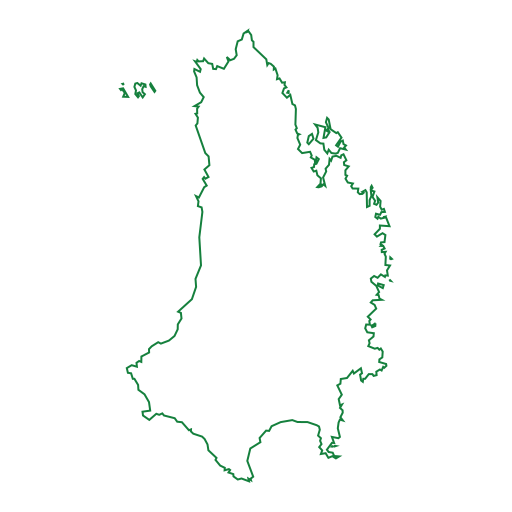 Catanduanes, Catanduanes, Philippines (Natural Earth projection)
{"feature_id": "2640588B14186532473464", "entity_name": "Catanduanes", "entity_type": "district", "adm_level": 2, "iso_a3": "PHL", "parent_name": "Philippines", "parent_adm1": "Catanduanes", "projection": "natural_earth1", "projection_center": [124.275, 13.808], "detail": "fine", "context": "isolated", "style": "outline", "palette": "green", "viewbox_px": 512, "rotation_deg": 0, "n_neighbors": 0, "source": "geoboundaries", "source_scale": "gbopen_adm2", "svg_char_len": 6035}
<svg xmlns="http://www.w3.org/2000/svg" viewBox="0 0 512 512"><path d="M247.7,30.7L243.6,33.5L241.8,39.5L237.7,41.3L235.7,49.2L236.7,55.2L234.0,58.8L230.3,60.2L226.8,57.0L228.5,61.4L223.9,68.8L217.2,66.1L216.0,69.1L213.2,68.9L212.2,63.9L208.3,63.2L204.1,58.5L203.1,61.2L198.6,61.4L197.3,60.0L196.7,61.9L195.0,61.3L200.7,69.1L200.0,71.8L194.4,69.0L194.1,71.4L196.6,77.4L197.1,85.2L199.9,92.6L203.7,97.1L201.2,102.2L194.5,106.1L198.6,106.6L197.1,108.7L197.2,113.4L195.5,113.8L197.9,117.6L197.4,123.4L195.7,125.5L205.3,153.1L208.6,156.4L209.4,165.2L204.4,169.5L208.5,177.0L205.4,178.7L204.1,177.1L202.7,178.9L206.7,185.6L204.2,187.2L198.9,197.5L196.0,196.1L198.5,201.3L197.9,206.1L201.6,207.4L202.4,211.9L199.3,237.3L201.0,265.4L195.5,278.9L196.1,286.9L191.9,299.2L178.1,311.7L180.9,312.9L181.5,318.5L177.8,324.4L177.7,329.3L174.5,336.0L168.9,340.6L160.9,343.6L158.2,342.2L151.7,346.3L149.0,349.1L149.1,352.5L141.4,356.5L141.3,361.9L139.1,361.0L136.5,362.8L136.9,366.7L131.7,365.2L126.8,368.1L127.9,372.8L131.1,373.3L132.8,378.8L134.4,378.8L138.1,384.9L138.4,389.8L144.5,394.3L149.0,402.1L150.2,410.6L142.5,411.7L143.0,415.5L149.3,419.9L156.3,413.8L159.2,414.8L162.3,413.4L164.0,415.5L174.7,418.2L177.2,421.7L181.9,422.2L188.9,430.2L191.0,429.4L190.9,431.4L193.3,433.7L202.1,436.6L204.6,439.0L207.5,444.4L208.4,450.3L216.5,457.9L215.5,459.9L220.2,465.6L224.8,467.8L224.6,470.3L228.9,469.1L230.1,470.0L228.5,472.5L233.3,474.1L233.5,476.4L237.8,479.5L241.5,478.5L249.0,481.3L248.4,478.6L251.0,480.2L250.6,478.7L253.2,476.7L247.3,460.9L250.3,448.5L260.4,442.2L259.6,438.0L266.1,430.6L269.1,430.9L271.6,426.2L280.7,422.1L292.3,420.1L297.5,422.0L307.6,422.1L316.7,425.2L319.0,426.5L319.8,429.7L318.1,435.6L320.9,438.2L320.1,440.8L321.5,444.1L319.2,447.1L322.2,450.4L320.9,454.0L325.6,453.2L328.4,457.8L332.3,456.2L335.9,458.4L339.2,456.4L334.2,456.0L332.7,452.7L328.6,452.0L326.9,449.7L332.0,442.8L334.1,443.0L331.9,436.9L338.4,438.2L339.9,436.9L337.8,428.3L338.6,422.5L339.9,419.6L342.9,420.5L340.4,417.2L342.7,412.7L342.6,410.3L340.0,407.9L342.0,404.5L340.0,405.3L338.7,399.1L341.8,394.7L337.3,385.4L340.4,383.7L340.8,379.0L347.0,378.0L352.7,370.8L353.9,373.5L360.9,368.3L362.0,373.3L360.1,374.6L361.1,380.5L362.8,381.8L363.3,378.8L365.1,378.8L368.8,374.1L372.4,374.1L373.6,375.9L376.6,375.1L376.3,371.7L379.9,369.5L381.6,370.5L383.2,366.9L384.2,367.8L386.4,365.8L386.1,364.0L379.2,362.0L379.4,359.4L382.3,357.4L382.7,351.6L380.8,348.5L379.3,349.7L377.6,347.9L374.8,348.7L368.3,346.1L369.6,343.2L368.9,340.3L373.5,336.5L373.8,333.2L367.3,332.3L365.2,328.3L366.2,324.5L369.9,324.7L369.3,321.0L370.6,319.5L367.8,316.7L376.2,308.6L374.6,304.9L370.8,302.5L372.7,300.3L381.8,299.8L379.5,298.6L378.6,295.1L376.7,294.8L379.1,292.1L376.3,285.9L371.4,281.8L370.8,278.6L374.1,276.0L377.6,277.8L380.9,274.4L384.9,276.9L385.3,275.4L387.8,275.6L387.0,270.4L390.0,265.5L385.4,265.0L385.8,256.6L384.5,253.8L385.6,251.8L381.8,252.1L381.7,249.8L384.6,248.5L383.3,246.0L380.8,245.9L381.8,244.9L380.5,244.2L381.0,242.4L384.5,242.1L385.4,235.0L382.5,233.2L376.9,236.6L374.6,234.3L379.9,228.8L379.9,225.5L389.5,226.2L386.0,217.3L380.8,218.6L378.3,216.8L377.5,218.7L375.3,217.0L376.0,213.7L380.0,214.8L381.4,212.1L384.9,211.9L383.9,208.9L381.7,209.7L380.1,206.6L380.6,201.0L377.4,197.3L378.2,202.6L376.5,204.8L374.1,203.8L375.1,200.8L372.5,196.9L374.4,191.5L370.8,190.4L371.4,195.9L369.6,200.1L369.6,205.8L367.0,207.0L366.7,192.3L365.4,190.1L362.2,191.9L363.6,192.8L362.4,193.9L359.7,194.1L357.8,192.3L358.3,188.6L352.6,188.5L351.2,186.2L352.9,183.5L347.8,182.5L345.5,178.7L347.1,175.7L345.4,174.9L345.4,170.3L348.7,166.4L344.2,165.0L343.9,162.2L346.4,160.3L343.5,154.3L341.3,155.3L340.6,157.8L336.4,155.8L332.5,156.6L331.1,160.7L329.6,158.9L329.0,164.8L325.6,168.7L326.2,171.4L323.1,177.5L325.2,185.8L323.5,184.3L321.6,186.4L318.6,187.3L317.3,187.1L320.5,183.7L320.9,178.3L317.4,175.3L316.3,170.7L313.7,171.5L311.5,167.9L314.0,167.0L314.2,164.3L316.4,163.8L318.8,159.1L316.5,157.3L316.0,160.6L315.0,162.1L314.8,159.8L310.8,157.4L311.7,155.6L310.1,151.8L302.1,153.1L298.0,149.0L300.2,144.7L297.4,138.0L297.9,134.9L299.3,134.3L297.2,133.4L295.5,129.6L296.8,128.2L295.4,124.6L295.9,109.0L295.0,105.4L292.4,104.0L290.3,94.9L286.9,97.7L282.4,93.0L284.0,88.4L286.4,87.4L284.5,84.9L284.9,82.3L282.1,82.7L279.5,78.4L277.0,79.2L277.6,75.2L275.4,68.5L273.8,69.5L273.9,66.6L270.7,63.8L268.6,63.1L267.3,65.1L266.3,59.3L253.5,47.1L253.5,41.8L251.9,40.3L251.2,35.0L248.6,31.4L247.3,31.9L247.7,30.7ZM327.1,117.9L325.9,122.2L328.6,128.1L326.2,130.5L327.5,131.3L328.1,129.5L329.6,132.1L326.2,137.4L323.5,137.9L325.4,127.2L315.1,124.5L317.6,127.8L318.3,132.4L315.9,140.1L320.4,143.4L323.4,143.6L324.3,149.8L327.3,153.4L328.7,149.7L331.4,153.0L335.4,153.6L337.8,152.9L340.1,148.2L345.8,149.6L344.2,147.5L346.0,145.5L343.5,144.1L342.8,140.6L340.5,141.7L338.0,146.7L336.1,145.3L341.5,137.6L337.8,132.2L336.3,133.1L330.6,129.2L328.7,119.5L327.1,117.9ZM137.3,83.0L135.3,83.6L134.4,86.9L136.0,90.4L135.3,94.0L138.0,97.3L138.9,96.1L137.5,93.3L139.3,92.4L142.7,97.4L144.9,94.2L142.6,92.2L142.2,89.2L143.6,86.2L145.6,86.8L145.4,84.5L141.5,83.3L140.6,85.7L137.3,83.0ZM312.0,133.9L308.8,136.1L307.3,142.6L308.8,144.2L313.5,138.7L312.0,133.9ZM123.1,88.3L120.1,88.9L121.0,90.1L122.1,89.2L124.8,92.9L123.2,96.7L128.1,96.9L123.1,88.3ZM383.7,285.1L378.1,283.5L377.8,284.7L378.6,285.9L382.8,288.1L383.7,285.1ZM150.7,83.5L150.1,84.5L150.7,86.3L154.5,91.9L155.3,90.8L150.7,83.5ZM375.3,326.0L375.5,323.4L375.4,323.6L375.0,323.5L373.1,325.0L371.3,325.5L372.2,327.3L375.3,326.0ZM371.6,185.8L370.8,187.2L370.9,190.0L372.6,187.8L371.6,185.8ZM288.7,90.3L287.3,92.7L288.6,93.0L288.7,90.3ZM321.0,186.0L322.5,184.2L318.8,186.9L321.0,186.0ZM390.3,257.4L390.2,258.8L391.0,259.2L391.9,258.9L390.3,257.4ZM390.8,280.9L389.5,279.5L390.0,280.7L390.8,280.9ZM333.5,446.7L332.2,446.2L331.9,446.6L333.5,446.7ZM123.2,83.7L122.5,83.9L123.6,85.0L123.2,83.7ZM335.9,446.0L334.9,445.8L333.8,446.7L335.9,446.0ZM385.1,216.7L383.8,217.0L383.6,217.5L384.9,217.0L385.1,216.7Z" fill="none" stroke="#15803d" stroke-width="2"/></svg>